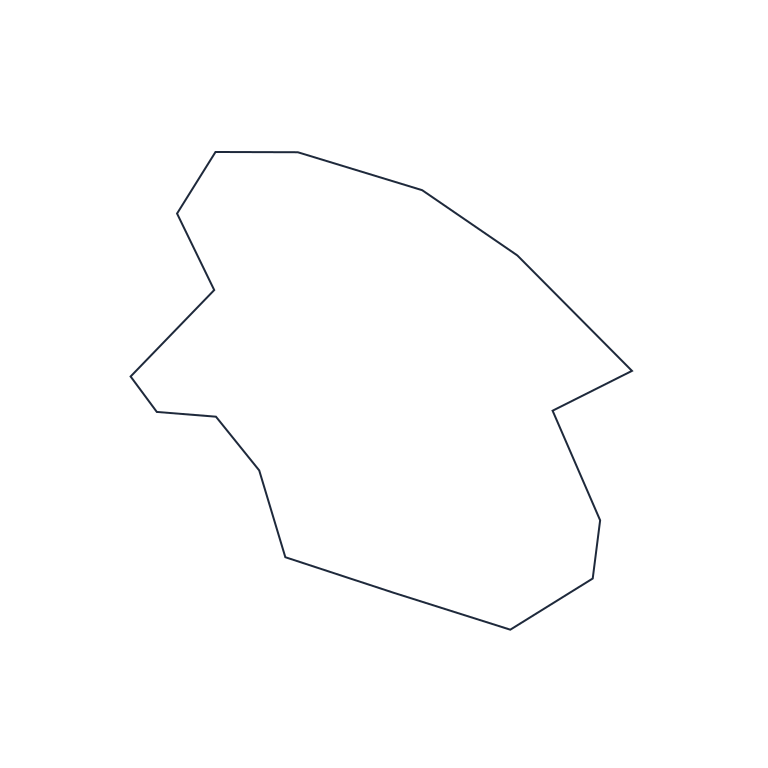 an SVG outline of Veszprém, rotated 317°
{"feature_id": "HUN-4909", "entity_name": "Veszprém", "entity_type": "Urban county", "adm_level": 1, "iso_a3": "HUN", "parent_name": "Hungary", "parent_adm1": "", "projection": "robinson", "projection_center": [17.909, 47.119], "detail": "fine", "context": "isolated", "style": "outline", "palette": "slate", "viewbox_px": 768, "rotation_deg": 317, "n_neighbors": 0, "source": "natural_earth", "source_scale": "10m", "svg_char_len": 380}
<svg xmlns="http://www.w3.org/2000/svg" viewBox="0 0 768 768"><g transform="rotate(317 384 384)"><path d="M419.0,99.4L479.0,155.7L544.1,268.3L569.2,380.9L574.3,543.5L489.1,518.5L449.1,631.1L404.0,668.6L308.8,649.8L248.8,543.5L193.7,443.4L233.8,362.1L238.8,293.3L198.8,249.5L203.8,205.7L323.9,199.5L348.9,118.2L419.0,99.4Z" fill="none" stroke="#1e293b" stroke-width="2"/></g></svg>